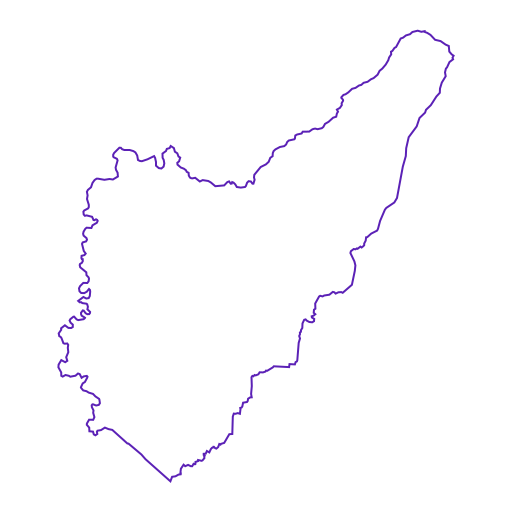 Valencia, Los Rios, Ecuador (Albers equal-area conic projection)
{"feature_id": "8360857B40545077285302", "entity_name": "Valencia", "entity_type": "district", "adm_level": 2, "iso_a3": "ECU", "parent_name": "Ecuador", "parent_adm1": "Los Rios", "projection": "albers", "projection_center": [-79.308, -0.769], "detail": "fine", "context": "isolated", "style": "outline", "palette": "violet", "viewbox_px": 512, "rotation_deg": 0, "n_neighbors": 0, "source": "geoboundaries", "source_scale": "gbopen_adm2", "svg_char_len": 5905}
<svg xmlns="http://www.w3.org/2000/svg" viewBox="0 0 512 512"><path d="M89.4,431.3L93.0,431.6L93.8,434.4L95.4,435.3L97.3,434.0L96.9,431.7L97.5,430.7L101.0,430.1L104.9,427.6L108.5,429.1L112.3,429.9L127.4,443.5L128.5,443.6L141.4,454.5L145.5,459.2L170.4,481.3L172.1,476.8L175.5,476.3L178.5,474.6L180.7,474.3L180.8,473.2L180.4,473.0L180.9,468.7L183.6,464.7L185.2,466.2L188.1,464.9L190.8,466.2L192.2,466.2L193.6,463.8L194.9,464.3L195.4,464.0L195.5,461.9L198.0,461.1L198.1,460.0L201.6,460.8L202.5,460.4L204.4,458.1L204.2,456.4L204.7,455.8L203.7,455.0L203.7,453.8L205.7,453.7L206.9,451.0L209.3,452.4L210.9,449.0L212.0,447.8L213.2,447.5L213.4,446.8L213.9,446.8L215.2,448.2L216.4,448.6L218.2,447.0L219.3,444.0L220.5,444.6L220.9,443.9L224.2,442.9L229.3,434.2L232.3,434.0L232.8,416.6L233.8,413.6L235.4,413.8L237.8,413.1L239.9,413.8L240.5,409.0L240.2,408.0L241.6,407.5L242.3,406.5L243.1,402.7L247.0,402.0L247.7,401.0L248.1,398.7L250.2,397.4L251.7,397.3L251.1,394.0L251.8,386.1L251.5,377.3L252.0,376.3L252.5,375.9L253.4,376.3L254.6,375.0L255.7,375.4L258.4,374.3L259.6,372.3L263.0,372.4L265.4,371.6L266.0,370.6L267.2,370.8L272.8,367.4L273.8,366.3L289.1,367.1L289.5,364.1L294.9,364.4L295.6,362.1L296.9,361.4L297.3,360.3L298.7,342.8L300.0,338.5L299.2,336.0L300.0,334.2L299.9,332.5L300.9,331.8L301.0,330.1L302.3,328.0L302.5,323.4L304.2,319.8L305.6,319.4L306.7,320.6L309.3,322.0L312.2,322.3L314.0,321.2L314.2,318.9L311.9,317.5L311.7,316.3L313.5,315.7L315.3,314.2L313.7,312.8L314.0,309.7L315.4,308.7L315.2,303.5L319.1,296.5L320.2,295.8L322.6,296.4L324.2,295.5L329.4,294.7L332.8,291.9L334.4,292.3L335.6,293.6L338.4,292.3L341.3,292.1L342.7,292.8L351.9,284.8L354.8,270.9L355.4,265.4L354.4,261.4L350.4,253.0L350.9,251.2L353.7,249.0L355.5,249.3L356.9,248.4L357.6,248.8L360.4,246.6L361.6,247.5L363.4,246.1L364.2,245.2L364.2,243.5L365.7,240.6L366.1,237.3L367.2,237.2L371.2,233.6L377.1,230.6L378.0,228.8L380.1,220.9L384.9,209.7L386.3,207.9L394.3,202.5L397.0,198.0L402.8,166.7L405.8,156.1L406.2,148.2L408.7,137.2L416.7,126.4L419.5,118.0L425.1,112.6L426.0,109.8L430.8,105.2L436.4,96.5L439.8,92.8L440.0,88.5L441.8,82.6L445.7,76.2L445.0,72.4L445.9,68.6L447.0,67.4L449.5,62.0L453.1,59.3L452.5,57.8L453.6,55.7L451.7,54.4L449.3,51.6L448.8,46.0L445.6,44.6L440.6,41.1L435.1,39.8L430.5,34.9L427.3,32.9L424.4,31.8L424.5,31.2L421.4,31.8L417.7,30.7L412.4,32.0L410.0,34.2L406.0,35.4L403.0,37.7L400.7,38.5L396.1,47.0L394.5,47.9L392.4,50.9L391.0,51.7L391.2,54.4L389.1,57.5L388.3,60.2L385.7,64.6L382.3,68.6L379.6,70.8L377.6,74.7L373.6,78.1L370.9,79.3L367.6,81.8L363.6,82.8L361.3,84.9L359.0,85.5L355.5,87.9L352.1,88.8L348.3,92.4L345.5,94.3L343.5,94.9L341.4,97.2L341.3,97.8L342.9,99.6L343.1,100.7L341.6,103.3L341.8,105.1L339.9,107.9L336.9,109.6L338.0,111.7L336.9,113.5L336.2,116.7L333.1,117.7L328.6,121.8L325.0,123.9L323.3,127.0L321.8,128.2L317.6,129.2L315.2,128.6L314.0,128.8L312.4,129.3L309.2,131.6L302.7,131.7L301.6,133.5L297.1,134.5L295.3,135.5L294.9,138.6L294.3,139.3L288.8,140.5L287.2,142.0L286.1,144.5L284.3,146.1L279.9,147.0L275.4,149.4L273.6,151.1L272.8,153.1L272.6,156.2L270.3,157.8L268.7,161.8L265.9,164.4L260.7,167.0L254.3,174.8L254.0,177.4L254.6,179.8L253.4,183.7L252.5,183.7L250.9,181.5L248.6,181.2L247.1,182.7L245.9,186.0L245.0,187.0L240.8,187.6L236.8,187.0L235.3,184.4L233.5,182.6L232.2,182.1L231.7,183.6L230.7,183.7L229.1,181.4L227.3,182.1L224.2,185.4L215.3,186.2L210.9,182.5L208.3,181.0L202.7,180.1L199.8,181.5L195.2,177.8L192.2,178.4L190.9,178.1L190.0,177.6L188.8,175.6L188.6,172.8L186.7,171.8L186.0,170.3L183.9,168.7L180.8,167.5L177.5,164.6L177.3,162.8L179.1,161.3L180.2,157.6L178.5,156.5L177.3,153.3L174.9,151.7L173.9,148.1L170.7,146.0L169.6,148.1L166.8,148.9L166.0,151.0L162.5,153.6L162.6,157.8L163.7,159.9L164.3,163.4L163.6,166.6L161.4,168.5L158.8,168.1L156.0,165.7L156.0,162.0L155.1,157.9L154.1,156.1L147.5,159.3L141.9,161.2L140.0,161.0L138.0,160.0L137.2,155.5L135.4,152.4L133.4,151.1L129.7,150.0L124.3,150.0L122.1,149.2L120.9,147.8L119.4,147.7L114.1,153.0L113.2,154.7L113.2,156.5L113.6,157.2L116.9,158.8L117.6,160.4L115.6,167.5L116.0,169.8L117.6,172.7L117.9,176.5L112.9,179.5L109.5,179.0L104.4,179.8L98.1,178.7L96.6,178.7L94.6,180.0L92.5,182.9L91.0,187.3L87.9,189.9L86.9,191.8L87.6,195.4L87.0,199.0L88.8,204.8L88.8,207.1L88.1,208.4L84.2,210.5L83.4,211.7L83.7,214.5L84.9,215.8L86.6,215.4L92.1,216.8L93.5,220.0L94.4,220.2L96.0,219.3L97.1,219.9L97.7,220.9L96.8,222.8L92.5,225.3L91.4,228.0L86.6,227.7L85.3,228.8L83.6,231.6L83.1,233.8L83.6,235.6L86.5,238.1L87.0,239.7L86.1,241.4L82.7,242.4L82.0,243.9L83.8,251.0L85.7,253.6L84.4,255.1L81.6,255.8L81.4,258.0L81.9,259.2L82.7,259.2L82.8,261.1L81.9,262.8L80.0,264.0L79.7,265.1L80.2,267.3L86.3,272.3L86.5,275.2L88.6,277.4L89.0,278.7L88.6,281.3L87.3,283.0L83.3,282.9L80.1,286.1L79.0,288.3L79.5,291.3L81.2,293.0L84.3,293.1L86.8,291.7L89.0,289.0L90.0,290.0L90.2,291.6L89.8,296.0L88.7,298.1L86.3,298.5L83.4,297.0L78.2,300.9L79.7,302.3L81.2,302.2L82.3,303.1L86.5,303.7L87.2,304.3L87.9,306.8L87.4,309.3L90.1,311.9L90.0,313.0L89.2,314.1L87.3,314.2L85.6,313.2L83.7,310.6L82.8,310.4L81.0,312.8L81.1,314.4L81.7,315.7L84.3,317.3L85.0,317.8L84.8,318.2L83.6,319.2L78.2,320.1L76.6,319.4L74.1,316.6L73.4,316.7L70.3,319.2L69.6,320.5L70.6,322.7L72.8,324.6L72.8,327.0L71.2,328.0L68.4,327.9L64.9,325.3L61.1,328.3L61.2,329.8L58.7,333.4L59.3,336.2L60.6,336.9L61.5,338.1L63.4,343.2L64.6,343.7L67.3,343.5L68.2,344.9L67.8,347.8L68.3,352.2L66.2,357.2L67.3,360.8L65.2,362.2L61.3,360.1L58.6,364.6L58.4,367.3L61.2,372.4L61.3,375.8L62.7,376.6L65.5,375.0L68.9,375.8L70.3,376.7L75.5,375.7L78.0,373.5L79.7,374.1L81.6,377.8L83.7,376.4L86.8,375.9L87.5,376.7L87.2,377.7L84.9,382.0L82.7,383.4L80.9,387.3L81.2,388.0L83.2,390.4L86.5,391.2L88.7,392.6L93.0,393.9L95.4,396.4L99.1,398.9L99.4,399.7L99.9,403.2L98.8,404.9L96.1,405.5L93.0,404.3L92.4,404.4L91.7,405.3L91.9,407.2L93.5,410.4L93.2,412.9L94.4,417.1L93.2,419.8L89.1,419.7L86.9,423.5L86.8,424.8L89.2,427.6L89.4,431.3Z" fill="none" stroke="#5b21b6" stroke-width="2"/></svg>